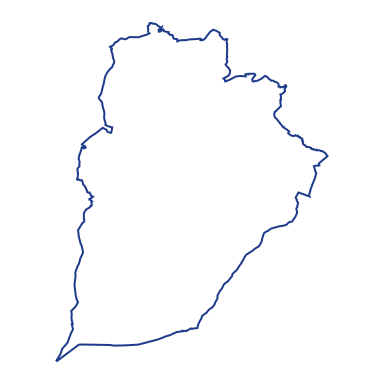 Bengesti-Ciocadia, Gorj, Romania
{"feature_id": "2599482B44162004756162", "entity_name": "Bengesti-Ciocadia", "entity_type": "district", "adm_level": 2, "iso_a3": "ROU", "parent_name": "Romania", "parent_adm1": "Gorj", "projection": "orthographic", "projection_center": [23.617, 45.092], "detail": "fine", "context": "isolated", "style": "outline", "palette": "blue", "viewbox_px": 384, "rotation_deg": 0, "n_neighbors": 0, "source": "geoboundaries", "source_scale": "gbopen_adm2", "svg_char_len": 5828}
<svg xmlns="http://www.w3.org/2000/svg" viewBox="0 0 384 384"><path d="M197.5,328.0L197.6,326.7L198.3,324.4L199.5,321.6L201.1,319.0L201.6,317.8L202.0,316.3L203.1,315.2L206.6,312.6L208.7,309.9L212.4,307.2L214.4,304.8L215.3,302.3L217.4,298.6L217.6,295.1L220.0,290.9L221.1,289.6L222.1,288.2L223.7,284.8L225.0,283.3L226.9,282.1L228.6,280.5L232.2,275.8L232.3,274.5L232.5,274.0L237.3,269.4L239.0,266.4L241.3,263.2L242.0,261.6L242.8,260.7L244.6,257.1L246.2,254.7L252.2,251.0L253.9,249.5L256.6,247.6L258.1,246.9L259.3,245.7L260.3,244.2L261.4,242.0L262.7,236.8L263.2,235.7L263.5,234.3L264.4,232.7L268.3,230.6L271.0,228.6L272.7,228.2L274.2,227.6L275.7,227.4L278.6,226.4L281.2,226.1L285.3,225.2L287.0,224.3L287.9,223.2L288.9,222.4L290.3,221.8L292.0,221.7L293.5,219.4L295.1,217.3L297.0,213.1L297.0,212.0L296.4,209.2L296.4,208.4L297.3,207.0L297.4,205.3L298.2,203.2L298.0,202.7L296.7,200.7L296.8,200.1L296.8,199.7L296.5,199.0L295.7,198.1L296.0,196.9L298.5,192.5L309.4,196.4L309.1,195.8L309.1,195.1L309.6,193.0L310.3,190.9L310.5,189.5L312.3,184.7L314.6,179.1L315.5,176.0L316.2,172.9L315.6,172.0L313.9,166.1L315.4,165.7L318.0,165.7L319.4,165.4L318.8,163.5L327.5,156.1L324.9,152.7L323.1,151.7L322.2,151.0L320.9,151.0L319.6,150.4L317.9,150.1L317.5,150.1L317.0,150.5L316.8,150.4L316.7,149.8L316.5,149.7L314.2,149.8L313.9,149.4L313.2,149.4L312.9,149.0L311.5,149.0L311.2,148.0L310.0,147.6L309.7,147.2L306.3,146.8L306.2,146.3L305.3,145.7L305.0,145.2L303.3,144.4L302.9,143.4L303.1,142.5L302.6,141.9L302.7,141.5L302.3,141.1L302.7,140.6L302.2,140.2L302.1,139.6L302.3,138.8L302.1,138.6L301.7,138.6L300.0,137.7L299.8,136.9L299.0,137.1L298.2,136.5L297.9,135.7L297.5,135.9L296.3,135.8L295.5,135.2L294.0,136.1L293.6,135.8L292.1,135.8L290.8,135.3L288.1,133.1L288.6,132.1L289.2,131.6L287.6,130.1L285.2,128.6L284.3,127.8L283.8,127.0L283.2,127.3L276.3,118.5L275.2,117.7L274.9,117.3L274.4,115.4L274.2,113.4L274.7,112.9L274.9,112.0L275.2,111.5L276.8,110.4L277.8,109.0L278.9,108.3L279.5,107.3L281.0,106.4L280.4,102.9L280.4,99.7L281.1,99.6L280.8,95.4L280.4,94.5L282.3,93.8L285.1,91.2L285.1,90.8L284.6,89.6L284.6,89.1L285.0,88.2L286.4,86.5L286.3,86.1L285.6,85.1L285.3,85.2L284.1,86.5L282.7,87.3L281.9,87.0L280.8,87.1L280.5,87.4L280.3,87.4L280.2,87.0L279.7,86.5L278.5,86.6L278.6,84.3L277.9,83.1L276.4,82.3L275.0,81.8L273.2,80.7L271.2,80.7L270.5,80.1L270.5,79.7L268.8,78.8L267.6,77.3L265.6,75.9L264.8,76.1L261.2,78.8L257.9,80.6L253.2,81.5L252.6,81.3L252.2,79.3L253.2,77.8L255.3,75.2L255.2,74.7L254.7,74.0L254.0,73.7L248.4,73.8L248.5,74.3L248.1,74.3L245.5,74.2L245.4,75.6L245.7,76.4L239.8,76.0L235.6,76.6L229.3,80.0L225.2,81.4L225.0,80.3L224.3,79.3L223.5,78.5L226.6,76.8L228.4,75.6L229.7,73.9L230.1,71.5L230.1,70.5L229.1,68.6L228.4,67.8L226.6,66.2L225.6,64.4L226.4,63.6L227.3,61.3L226.6,59.1L226.8,58.3L227.3,57.1L226.8,55.6L227.1,53.5L227.0,51.7L227.3,49.6L227.0,46.6L227.1,45.2L227.3,44.3L226.7,42.6L226.7,41.7L226.9,39.9L227.2,39.1L225.9,39.0L224.6,39.8L222.7,38.9L222.4,38.2L220.0,35.4L219.6,34.3L219.8,33.0L216.7,31.0L213.2,29.7L210.0,32.0L205.3,38.1L203.7,39.8L200.7,40.3L200.5,40.2L201.1,39.3L201.0,38.9L199.6,38.8L199.0,38.6L197.2,39.0L189.5,39.4L185.5,40.3L184.5,40.1L180.3,40.3L179.0,40.5L177.4,41.4L176.9,39.0L175.3,39.0L173.5,38.4L173.0,36.2L172.6,35.3L172.4,35.1L171.7,35.2L171.5,34.8L169.8,34.8L169.5,34.2L168.3,33.4L168.7,32.2L164.1,31.3L163.2,29.4L160.7,31.3L158.9,31.7L158.6,29.7L159.6,29.1L161.1,29.0L161.2,28.0L161.6,27.1L160.9,27.5L160.5,27.4L159.0,26.5L156.0,24.2L154.2,23.7L152.3,23.6L151.7,23.0L150.0,23.1L149.4,23.5L149.6,24.4L149.4,25.0L148.0,25.8L147.7,26.4L148.2,28.2L148.1,30.7L148.2,31.9L148.5,32.6L149.4,33.4L147.2,34.5L142.2,36.0L138.9,37.2L129.7,37.1L128.6,37.4L126.6,38.8L125.2,39.3L122.0,38.5L120.8,38.5L119.1,39.7L117.3,41.6L115.0,42.5L114.0,44.4L113.0,45.4L110.1,46.8L110.9,47.6L111.4,47.7L112.0,49.0L111.8,49.3L111.1,49.6L111.7,51.3L111.6,51.8L111.8,52.5L112.6,54.3L112.7,56.2L113.7,59.9L114.3,61.2L114.2,62.1L113.9,63.1L112.8,65.2L112.6,66.0L112.2,67.1L109.9,69.2L107.2,72.5L105.5,75.7L105.3,76.7L104.9,77.5L103.5,84.6L102.9,86.3L101.2,93.5L99.0,97.0L98.7,98.1L99.0,98.7L101.6,101.6L102.2,103.0L102.7,106.5L103.6,109.8L104.1,111.1L104.4,113.7L104.1,117.4L104.3,118.3L104.4,119.7L105.5,122.7L105.6,123.2L105.3,124.9L106.4,125.6L110.5,127.0L112.2,127.3L111.4,132.1L110.9,132.9L107.8,132.0L107.2,131.5L106.6,129.9L102.7,127.8L96.2,133.0L90.1,137.0L81.9,144.3L83.4,145.6L84.6,146.1L84.2,146.4L85.6,147.5L84.2,148.5L81.9,147.3L80.7,151.4L79.2,155.6L79.2,156.5L78.6,158.2L78.7,159.0L79.1,159.8L79.6,161.8L79.3,164.9L79.6,165.9L77.7,168.4L77.4,169.1L77.7,172.0L78.1,173.3L77.8,174.7L77.7,177.4L76.9,179.1L77.5,179.8L79.1,179.5L79.9,180.2L80.5,180.4L81.6,180.1L82.1,180.9L82.9,182.8L82.9,183.8L83.1,184.4L84.5,185.8L85.6,187.5L85.8,188.7L86.3,189.2L87.0,190.8L86.9,191.1L87.1,191.3L87.1,191.9L88.0,192.6L88.4,192.7L89.5,192.4L89.8,192.9L89.9,193.5L90.6,194.1L90.9,195.6L93.0,196.8L91.6,197.9L89.3,199.0L89.4,199.5L90.4,199.3L90.6,200.1L92.1,201.5L91.3,202.1L91.7,203.9L91.8,205.4L90.4,206.0L90.5,206.6L90.0,207.2L86.4,209.3L84.6,211.7L84.1,212.7L83.9,213.8L83.8,218.6L84.2,219.6L84.3,220.9L84.0,221.8L82.3,223.2L78.1,230.1L78.8,236.5L80.7,243.9L81.5,245.3L83.0,251.6L82.9,252.9L82.5,254.0L80.5,258.0L78.9,263.8L77.5,266.3L75.4,272.1L75.3,273.5L75.6,275.3L74.5,284.6L75.6,294.7L76.6,299.2L78.0,302.2L76.4,305.2L75.4,306.7L71.2,311.1L71.7,313.6L71.5,318.2L71.9,321.0L72.7,324.0L71.8,324.2L73.0,329.4L71.1,333.0L67.4,342.9L62.1,348.9L61.1,352.3L60.0,354.9L56.5,360.5L57.0,361.0L78.7,344.8L80.1,344.5L110.1,345.0L113.8,345.6L124.8,345.4L138.4,344.6L158.1,339.4L163.9,337.2L165.3,336.5L168.6,335.5L169.4,335.4L176.5,332.1L181.5,331.4L181.5,331.1L182.0,330.7L182.4,331.0L183.2,330.9L183.4,331.2L184.2,330.9L186.5,331.0L187.8,330.0L189.2,329.6L190.7,328.5L191.3,328.5L191.7,328.8L197.5,328.0Z" fill="none" stroke="#1e3a8a" stroke-width="2"/></svg>